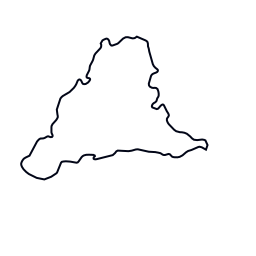 map outline of Alba (Robinson projection), rotated 297°
{"feature_id": "ROU-294", "entity_name": "Alba", "entity_type": "County", "adm_level": 1, "iso_a3": "ROU", "parent_name": "Romania", "parent_adm1": "", "projection": "robinson", "projection_center": [23.52, 46.007], "detail": "fine", "context": "isolated", "style": "outline", "palette": "ink", "viewbox_px": 256, "rotation_deg": 297, "n_neighbors": 0, "source": "natural_earth", "source_scale": "10m", "svg_char_len": 2790}
<svg xmlns="http://www.w3.org/2000/svg" viewBox="0 0 256 256"><g transform="rotate(297 128 128)"><path d="M56.2,85.0L55.2,84.8L49.7,81.7L44.2,76.8L42.1,69.3L42.0,60.6L42.6,57.3L43.8,53.7L45.3,51.1L46.7,49.6L48.0,48.9L49.6,48.7L50.9,48.7L52.4,48.9L53.5,49.2L55.2,50.2L58.6,52.8L74.7,53.1L77.3,53.8L78.8,54.7L79.9,56.6L80.5,57.5L81.5,58.4L82.9,59.3L83.9,60.0L84.4,60.8L84.6,62.5L84.8,63.4L85.6,64.4L86.4,64.5L87.3,64.1L88.5,62.6L89.3,61.8L94.0,59.4L95.1,59.0L97.2,59.0L102.4,60.4L104.3,60.6L105.8,60.5L106.9,59.9L108.0,59.0L112.1,56.2L123.6,54.4L125.5,54.8L127.1,55.5L133.5,59.6L139.1,61.5L141.5,61.9L143.6,62.0L147.3,61.7L148.6,62.1L149.3,62.9L149.3,64.0L148.5,65.4L147.5,66.6L146.9,67.7L147.1,68.9L148.0,70.3L150.3,71.7L152.2,72.2L153.8,72.3L154.5,71.9L154.8,71.1L154.5,70.1L154.3,69.2L154.3,68.3L155.0,67.7L156.3,67.3L161.6,67.3L162.9,67.0L165.1,66.2L166.3,65.9L171.4,66.0L173.1,65.9L177.3,65.0L179.6,65.2L186.6,67.2L188.1,67.2L190.0,66.4L190.9,65.3L194.5,65.5L196.1,66.6L197.5,67.8L198.0,68.5L198.1,69.5L197.7,70.7L196.8,71.9L195.4,73.0L194.5,74.0L193.9,75.7L194.5,76.8L198.0,80.1L199.1,80.8L205.4,83.0L207.8,84.7L208.9,86.8L209.9,91.3L210.7,92.6L211.5,93.4L213.4,94.4L214.0,103.8L213.9,105.2L213.4,106.4L212.1,107.5L209.9,108.7L208.2,110.4L205.7,112.3L196.2,121.1L194.9,122.9L194.1,125.0L193.6,127.5L193.1,128.4L192.2,128.7L191.3,128.6L190.2,127.9L188.2,126.1L187.2,125.4L186.2,125.0L184.8,124.9L177.0,126.4L175.6,127.3L174.8,128.6L174.7,130.9L175.2,132.4L176.0,133.7L176.4,134.9L176.1,136.6L174.4,138.4L172.8,139.6L171.1,140.5L169.8,140.8L168.7,140.7L167.8,140.6L167.0,140.7L165.2,141.1L164.1,140.9L163.1,140.5L162.1,139.8L161.0,139.3L160.0,139.1L158.8,139.2L158.0,139.5L157.4,140.3L157.9,145.0L158.7,145.9L159.8,146.3L162.7,147.0L164.0,147.6L164.8,148.4L164.6,149.6L160.7,154.8L159.2,157.3L158.4,158.2L157.7,158.7L156.5,158.8L154.8,158.5L153.9,158.5L153.2,158.8L152.3,159.3L151.4,160.3L150.7,161.2L149.9,162.7L147.4,169.9L147.0,172.4L147.8,176.1L148.7,178.1L149.4,180.5L149.6,183.1L148.7,187.3L147.8,189.8L147.5,192.1L148.6,195.1L151.4,199.3L152.0,201.2L152.1,202.6L148.9,206.6L144.1,207.3L144.3,202.6L144.1,201.5L143.7,200.1L142.9,199.2L137.2,194.5L134.8,192.0L132.8,190.8L128.4,189.0L125.7,187.1L124.3,185.3L123.1,182.8L122.6,181.4L122.5,180.2L122.9,179.1L123.3,178.0L123.6,177.1L123.2,175.8L120.8,173.3L120.2,172.2L120.0,171.0L120.3,168.4L119.8,166.3L118.9,163.2L116.3,157.3L113.5,146.5L112.5,144.8L109.5,141.6L107.6,139.0L103.2,129.1L101.9,128.2L99.7,127.8L96.9,126.7L86.0,114.2L85.2,113.0L84.9,112.0L85.0,111.4L85.5,111.0L86.2,110.8L87.1,111.0L87.9,111.3L88.4,110.8L88.3,109.3L86.4,105.2L85.1,102.9L83.6,101.2L82.4,100.4L81.0,99.9L75.9,99.2L74.5,98.8L73.7,97.9L71.8,91.7L70.1,87.7L68.8,85.6L67.8,84.4L66.6,84.1L56.2,85.0Z" fill="none" stroke="#020617" stroke-width="2"/></g></svg>